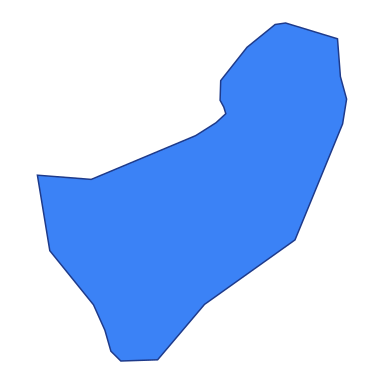 outline of Luce
{"feature_id": "SVN-210", "entity_name": "Luce", "entity_type": "Municipality", "adm_level": 1, "iso_a3": "SVN", "parent_name": "Slovenia", "parent_adm1": "", "projection": "natural_earth1", "projection_center": [14.735, 46.359], "detail": "fine", "context": "isolated", "style": "filled", "palette": "blue", "viewbox_px": 384, "rotation_deg": 0, "n_neighbors": 0, "source": "natural_earth", "source_scale": "10m", "svg_char_len": 408}
<svg xmlns="http://www.w3.org/2000/svg" viewBox="0 0 384 384"><path d="M337.5,38.8L340.4,76.6L346.6,99.1L342.6,123.9L295.0,239.9L204.5,304.4L157.6,359.8L120.8,361.0L110.9,351.2L104.9,330.2L93.5,304.8L49.8,250.7L37.4,175.2L91.2,179.4L195.7,135.6L215.9,122.8L225.8,113.7L223.8,107.1L220.1,100.3L220.7,80.6L247.0,47.3L275.1,24.5L285.6,23.0L337.5,38.8Z" fill="#3b82f6" stroke="#1e3a8a" stroke-width="1.5"/></svg>